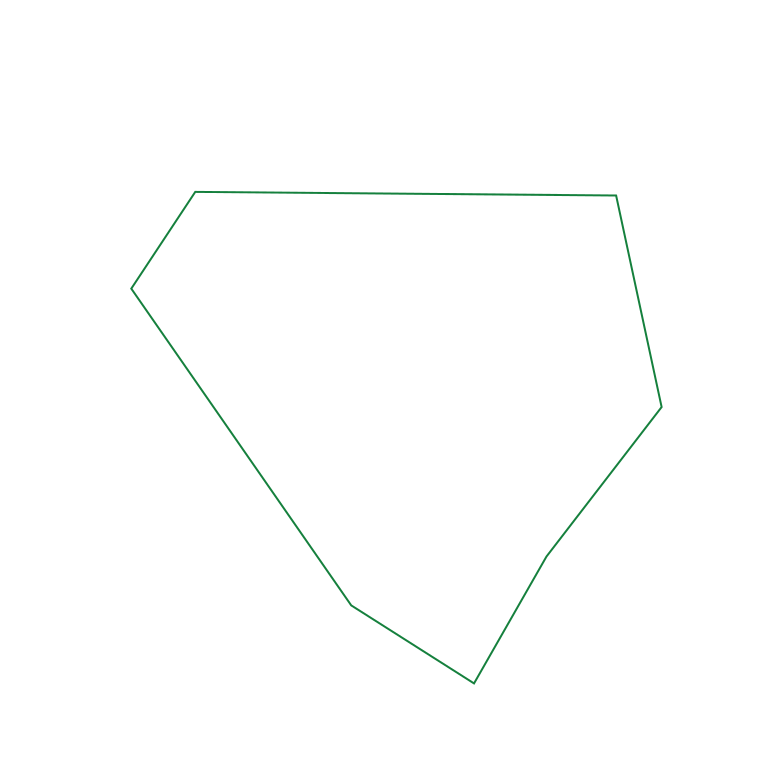 the border of Meneng, rotated 109°
{"feature_id": "NRU-4982", "entity_name": "Meneng", "entity_type": "state/province", "adm_level": 1, "iso_a3": "NRU", "parent_name": "Nauru", "parent_adm1": "", "projection": "equal_earth", "projection_center": [166.942, -0.541], "detail": "fine", "context": "isolated", "style": "outline", "palette": "green", "viewbox_px": 768, "rotation_deg": 109, "n_neighbors": 0, "source": "natural_earth", "source_scale": "10m", "svg_char_len": 262}
<svg xmlns="http://www.w3.org/2000/svg" viewBox="0 0 768 768"><g transform="rotate(109 384 384)"><path d="M637.8,201.4L604.0,342.9L376.1,654.0L263.8,625.0L130.2,225.9L315.4,114.0L494.2,174.2L637.8,201.4Z" fill="none" stroke="#15803d" stroke-width="2"/></g></svg>